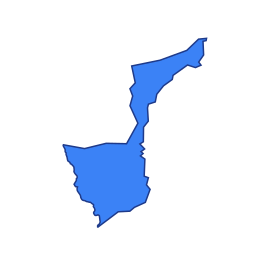 the district of Ezo, Western Equatoria, South Sudan, rotated 11°
{"feature_id": "79223893B74346966367837", "entity_name": "Ezo", "entity_type": "district", "adm_level": 2, "iso_a3": "SSD", "parent_name": "South Sudan", "parent_adm1": "Western Equatoria", "projection": "natural_earth1", "projection_center": [27.738, 5.603], "detail": "fine", "context": "isolated", "style": "filled", "palette": "blue", "viewbox_px": 256, "rotation_deg": 11, "n_neighbors": 0, "source": "geoboundaries", "source_scale": "gbopen_adm2", "svg_char_len": 1690}
<svg xmlns="http://www.w3.org/2000/svg" viewBox="0 0 256 256"><g transform="rotate(11 128 128)"><path d="M188.0,27.3L188.0,25.0L180.3,27.3L170.9,40.6L146.6,55.3L119.8,66.4L126.1,81.3L126.5,82.3L122.4,89.1L126.5,95.7L125.7,105.8L136.8,121.4L129.6,143.7L109.5,147.2L89.3,156.5L67.8,156.8L67.7,157.4L67.7,157.5L68.0,158.1L69.8,160.3L70.5,161.3L70.7,162.8L71.1,163.6L72.0,164.2L72.3,165.9L73.7,168.2L74.7,170.8L75.3,171.8L77.3,172.7L77.8,173.3L78.3,174.1L78.9,174.2L79.5,174.4L81.7,176.0L82.4,176.8L82.8,178.2L83.2,179.4L83.2,180.4L83.3,181.2L84.1,182.3L85.7,183.8L86.2,184.0L87.2,184.9L87.6,186.1L87.5,186.9L87.0,187.5L87.3,189.4L87.0,190.2L85.8,193.5L86.2,193.9L86.8,194.8L87.9,195.6L88.5,195.5L89.2,195.4L89.7,195.5L89.6,195.8L89.6,196.3L89.6,197.4L90.2,199.2L91.5,200.6L93.6,202.6L94.3,203.6L95.0,205.4L96.0,206.7L97.0,207.4L97.9,207.6L98.9,207.6L99.9,207.6L101.1,208.1L102.7,208.1L104.0,208.2L105.4,208.1L106.9,209.0L108.1,209.5L108.7,209.7L108.9,210.3L109.0,211.0L109.0,211.8L110.2,212.9L111.1,214.5L111.2,215.6L110.5,217.0L110.4,217.5L110.6,218.3L111.5,219.4L112.3,220.0L113.2,220.0L114.4,219.5L115.0,219.0L115.9,219.2L116.6,219.6L117.3,221.6L118.0,223.8L118.6,225.4L118.6,226.3L118.2,227.2L118.0,228.3L117.1,228.9L116.8,230.0L117.1,230.7L117.1,230.9L117.4,231.0L134.4,212.1L145.7,209.3L149.4,204.7L159.2,197.7L161.4,184.0L157.0,180.3L157.5,172.9L153.1,172.2L150.5,155.3L145.5,153.0L147.7,150.2L145.3,148.7L148.3,145.4L142.7,141.4L145.7,138.6L143.1,124.2L146.6,117.4L143.3,104.5L143.5,100.7L149.8,97.2L149.8,89.4L154.8,79.8L162.2,71.9L162.2,67.7L174.4,54.8L182.7,55.8L187.7,52.4L184.8,49.8L188.3,41.9L185.1,28.6L188.0,27.3Z" fill="#3b82f6" stroke="#1e3a8a" stroke-width="1.5"/></g></svg>